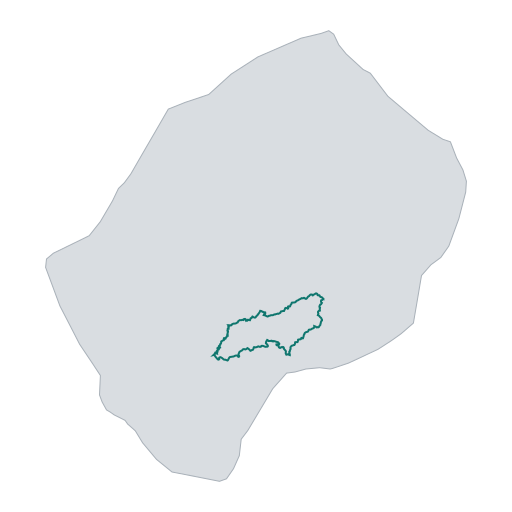 Senqunyane, Mohale's Hoek, Lesotho shown in context
{"feature_id": "5366337B33484632256232", "entity_name": "Senqunyane", "entity_type": "district", "adm_level": 2, "iso_a3": "LSO", "parent_name": "Lesotho", "parent_adm1": "Mohale's Hoek", "projection": "natural_earth1", "projection_center": [28.303, -29.937], "detail": "fine", "context": "in_parent", "style": "outline", "palette": "teal", "viewbox_px": 512, "rotation_deg": 0, "n_neighbors": 0, "source": "geoboundaries", "source_scale": "gbopen_adm2", "svg_char_len": 7006}
<svg xmlns="http://www.w3.org/2000/svg" viewBox="0 0 512 512"><path d="M348.5,363.1L332.3,368.5L330.1,369.0L319.7,367.7L305.9,369.0L295.0,372.0L286.6,373.1L272.8,388.6L247.8,430.5L241.2,439.2L239.3,455.7L233.5,468.7L226.5,478.8L219.5,481.3L198.7,477.2L172.0,472.0L156.5,459.4L142.6,442.8L135.3,430.8L127.7,424.1L125.1,420.4L114.2,414.9L110.1,412.0L106.5,409.9L102.1,401.9L99.5,394.9L100.4,375.5L92.8,363.9L79.6,344.2L71.3,328.0L59.9,305.9L52.9,287.0L45.6,267.4L46.5,259.0L53.4,253.2L73.5,243.4L89.2,235.7L100.3,221.7L112.5,200.9L118.5,188.4L124.4,182.7L130.9,173.8L142.2,154.2L154.8,132.5L168.3,109.1L185.4,102.3L208.7,94.5L231.2,74.1L257.9,56.9L301.0,38.2L321.2,33.4L328.8,30.7L333.7,34.2L338.8,44.9L346.1,53.9L363.1,69.5L370.3,73.2L387.9,96.3L406.6,112.1L428.2,130.3L442.9,139.3L450.4,141.8L456.6,158.0L462.9,169.9L466.4,181.2L465.7,192.1L458.8,218.8L448.8,246.1L440.8,257.5L431.0,264.7L421.5,275.5L417.8,297.4L413.4,323.1L401.0,333.8L391.3,340.7L378.0,349.3L348.5,363.1Z" fill="#d9dde1" stroke="#a8b0b8" stroke-width="1"/><path d="M227.5,360.5L227.7,360.4L227.9,360.2L229.3,357.6L229.6,357.3L230.1,357.0L232.2,356.7L233.1,356.5L233.6,356.5L235.2,355.7L236.2,355.5L237.2,355.6L237.7,355.8L238.1,356.7L238.6,356.9L239.0,356.7L239.2,356.3L239.1,355.8L238.6,354.8L238.5,354.2L239.4,352.0L240.3,351.3L242.2,350.3L242.9,349.4L243.3,349.2L244.2,349.1L245.2,349.4L245.6,349.4L246.7,348.8L247.4,348.1L247.8,348.3L249.3,349.5L250.4,350.8L251.0,350.6L252.0,350.0L252.7,349.9L253.0,349.6L253.6,348.4L253.7,347.5L253.8,347.3L254.1,347.1L255.6,347.4L256.0,347.3L257.5,346.8L258.1,346.4L258.6,346.4L259.4,346.8L260.7,346.8L261.1,346.5L261.3,346.0L261.8,345.8L263.1,345.9L265.3,346.8L267.2,346.7L267.5,346.6L267.8,346.3L267.9,346.0L267.8,345.5L267.0,344.3L265.9,343.3L265.9,343.0L266.0,342.4L266.2,341.5L266.7,340.8L267.2,339.9L267.5,340.0L267.8,340.2L268.0,340.7L268.5,341.0L270.2,341.0L271.5,340.7L271.8,340.8L272.0,341.2L272.3,341.3L272.9,341.1L273.2,341.4L273.7,341.1L274.6,341.2L276.3,341.8L278.0,342.2L279.3,343.7L279.3,344.0L279.1,344.3L278.4,344.9L277.9,344.9L277.3,344.4L277.0,344.3L276.4,344.4L276.4,344.6L276.5,345.0L276.9,345.3L278.2,345.6L278.7,346.2L278.9,347.3L279.1,347.5L279.7,347.9L280.4,347.9L281.3,347.1L282.7,347.4L282.9,347.0L283.4,347.1L283.9,348.0L284.0,348.9L284.2,349.2L285.6,350.7L285.9,351.3L285.7,353.3L286.1,354.0L286.2,354.6L286.3,354.7L286.9,354.6L288.4,354.1L288.9,354.5L289.1,354.9L289.8,355.1L289.8,354.4L289.5,353.7L289.5,352.8L289.3,352.5L289.2,351.9L289.4,351.6L289.6,351.5L289.8,351.3L289.9,350.7L289.9,350.2L290.2,349.8L290.5,349.2L290.6,348.6L290.4,348.0L290.6,347.0L291.6,345.8L292.8,345.5L293.4,345.1L294.4,345.0L294.7,344.5L294.8,344.1L295.0,343.7L295.1,342.8L295.1,342.4L295.2,342.2L296.2,342.1L297.1,342.2L297.5,342.1L298.1,340.5L298.1,339.7L299.2,339.4L300.6,339.3L300.8,339.2L301.1,338.8L301.2,338.2L301.4,337.9L301.7,337.9L302.6,338.4L303.0,338.3L303.2,337.5L303.5,336.8L303.8,335.1L304.0,334.7L304.4,334.2L304.4,333.7L304.5,333.5L304.9,332.9L305.0,332.8L305.9,332.2L306.8,332.0L307.1,331.8L307.7,331.7L307.9,331.6L308.2,331.2L308.8,329.8L309.0,329.7L309.6,329.6L310.5,329.6L311.4,329.2L311.8,328.8L313.7,328.1L313.8,327.6L314.2,327.2L314.4,326.7L314.3,326.1L315.7,326.6L316.4,327.3L316.5,327.4L316.9,327.4L317.4,327.1L317.9,327.3L318.4,327.3L318.8,327.1L319.6,325.7L320.3,325.0L320.5,323.8L320.7,323.4L320.8,322.5L321.1,321.6L321.3,321.1L322.0,320.5L322.0,319.9L322.0,319.7L321.5,318.9L321.4,318.4L321.0,317.8L320.2,317.2L319.1,315.8L318.3,315.4L317.9,315.2L318.0,315.0L318.0,314.5L318.4,313.7L318.0,312.5L318.0,312.0L318.1,311.6L318.8,310.9L319.9,310.6L319.7,309.6L319.8,309.4L319.8,308.9L320.0,307.8L319.6,307.6L319.6,307.0L319.4,306.3L320.2,304.6L321.0,304.3L321.8,303.1L321.9,302.9L321.3,302.4L321.0,301.7L321.1,300.6L321.1,300.4L321.5,300.2L322.2,300.0L323.2,298.9L323.4,299.0L323.4,298.7L322.6,298.2L322.2,297.6L321.7,297.2L320.4,296.9L319.8,296.0L319.4,295.3L319.0,295.2L318.4,295.4L317.7,295.2L317.5,294.9L317.3,294.0L316.6,293.5L316.1,293.4L315.6,293.5L314.8,294.1L313.4,294.8L312.8,295.4L312.6,295.4L312.3,294.8L311.9,294.5L310.8,294.5L310.4,294.7L309.6,295.4L309.1,296.1L308.1,296.6L306.9,298.3L306.3,298.8L305.4,298.8L304.7,298.1L304.3,297.9L303.7,297.9L303.0,298.3L302.5,298.3L301.8,298.1L301.3,298.3L300.8,298.8L299.1,299.5L298.4,300.1L296.5,300.9L295.4,302.2L294.1,302.5L292.0,302.6L291.7,302.9L291.4,304.0L290.6,304.9L290.1,306.3L289.9,306.5L289.4,306.6L288.5,306.3L288.3,306.3L288.0,306.6L287.9,306.9L288.0,307.2L287.9,307.9L288.1,308.5L287.7,308.7L287.2,308.3L286.6,308.1L285.7,307.9L285.3,308.1L285.1,308.4L285.0,308.9L284.0,311.0L283.1,311.0L280.9,311.5L280.3,312.8L278.5,313.8L277.8,313.6L276.9,313.9L276.0,314.1L275.0,314.5L274.3,314.4L273.1,315.1L272.6,315.2L271.0,315.2L270.5,315.4L269.9,315.7L268.9,315.8L267.8,316.5L267.5,316.5L266.4,316.1L265.4,315.5L263.7,315.1L263.8,314.9L264.4,314.7L264.8,314.5L265.0,313.9L265.3,313.3L265.2,312.4L264.8,312.3L263.9,312.6L263.7,312.2L263.0,312.0L262.9,311.8L262.2,311.7L261.6,311.1L260.2,310.8L260.0,311.2L259.8,311.9L258.3,314.1L257.7,314.5L257.5,315.3L256.3,316.2L255.8,317.1L255.5,317.4L255.1,317.6L254.6,317.6L253.5,317.2L252.5,316.5L252.3,316.6L252.2,317.0L251.7,317.9L251.2,318.2L250.7,318.2L250.5,318.5L250.0,320.2L248.6,320.0L248.0,319.7L247.6,319.8L247.3,320.6L246.6,320.5L246.1,320.8L245.6,319.8L245.6,319.3L245.4,319.1L245.0,318.9L244.1,319.0L243.8,319.2L243.5,320.0L243.3,320.1L242.3,319.8L241.2,320.2L239.8,320.1L238.3,321.1L237.7,322.4L237.2,322.5L236.5,323.1L235.7,323.4L234.8,323.6L233.6,323.6L232.5,324.0L232.1,324.2L231.7,324.9L231.3,325.3L230.6,325.2L230.4,325.3L229.9,325.3L229.8,325.5L228.8,325.2L228.2,325.2L228.4,325.5L228.3,326.4L228.3,326.5L228.6,326.5L228.8,326.9L228.8,327.1L228.5,327.8L228.6,328.6L228.2,328.6L227.8,328.7L227.6,329.1L227.7,329.5L227.7,330.2L227.4,330.8L227.5,331.0L228.0,331.3L228.0,331.9L227.5,333.3L227.7,334.1L227.3,334.5L227.2,334.9L227.3,335.1L227.7,335.5L227.7,335.8L227.3,335.8L227.0,336.0L226.6,337.0L226.0,337.4L225.7,338.3L225.3,338.2L224.9,338.3L224.9,338.7L224.7,338.8L224.4,338.5L224.5,338.1L224.0,338.1L223.9,338.3L223.8,338.8L223.8,339.1L224.3,339.4L223.9,339.7L223.8,340.1L223.5,340.1L221.2,341.5L221.2,342.6L220.9,343.6L220.7,343.8L220.2,344.1L220.1,344.5L220.2,344.8L220.0,345.0L219.8,345.4L219.1,345.8L218.8,346.4L218.9,346.7L220.0,347.2L220.1,347.5L219.4,347.8L219.3,348.2L218.8,348.4L218.5,348.4L218.1,347.9L217.8,347.9L217.5,348.1L217.4,348.2L217.7,348.8L218.0,348.9L218.5,349.0L218.8,349.3L218.7,349.5L218.2,349.6L217.4,350.3L217.4,350.6L217.6,350.9L217.6,351.4L217.5,351.6L217.4,352.0L216.9,351.9L216.5,351.6L216.4,351.8L217.2,352.3L217.2,352.6L216.9,353.1L217.0,353.6L216.6,353.5L216.2,352.9L215.8,352.8L215.4,352.8L215.5,353.1L215.3,353.7L214.6,353.9L213.5,355.0L213.9,354.9L214.7,355.5L215.4,356.6L216.5,357.9L217.6,359.2L218.2,359.6L218.7,359.6L219.2,359.1L219.2,358.7L219.1,358.2L219.2,357.7L220.1,357.2L220.6,357.2L222.2,358.1L223.6,359.4L224.3,359.7L225.3,359.7L227.5,360.5Z" fill="none" stroke="#0f766e" stroke-width="2"/></svg>